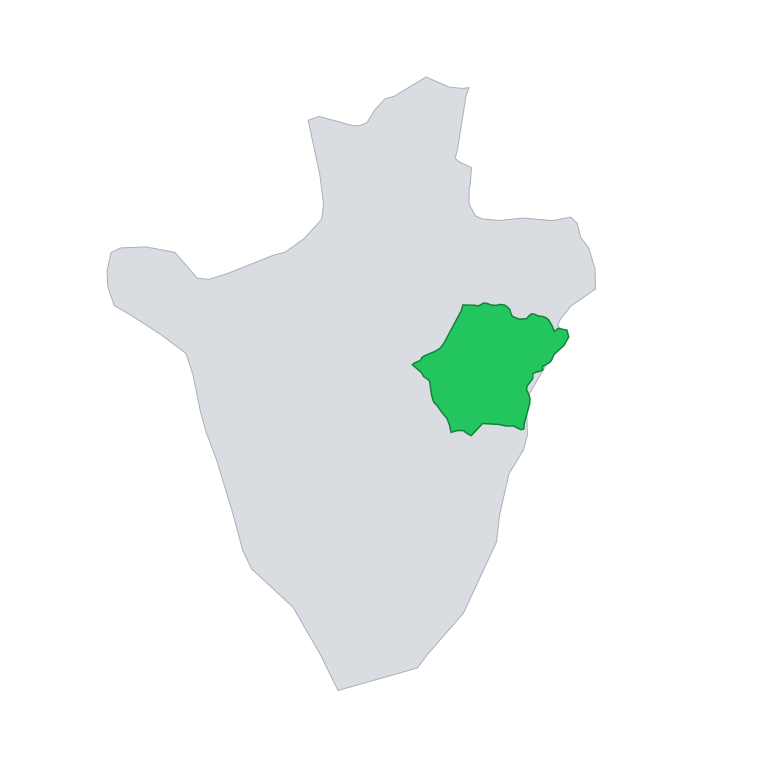 where Ruyigi sits in Burundi, rotated 343°
{"feature_id": "BDI-2635", "entity_name": "Ruyigi", "entity_type": "Province", "adm_level": 1, "iso_a3": "BDI", "parent_name": "Burundi", "parent_adm1": "", "projection": "mercator", "projection_center": [30.363, -3.445], "detail": "fine", "context": "in_parent", "style": "filled", "palette": "green", "viewbox_px": 768, "rotation_deg": 343, "n_neighbors": 0, "source": "natural_earth", "source_scale": "10m", "svg_char_len": 2189}
<svg xmlns="http://www.w3.org/2000/svg" viewBox="0 0 768 768"><g transform="rotate(343 384 384)"><path d="M552.0,125.5L546.7,132.4L522.7,181.5L518.1,188.9L520.7,193.4L530.9,202.7L524.9,218.2L522.5,222.3L518.0,236.7L520.5,250.0L526.3,254.9L541.9,261.3L565.3,265.9L592.8,277.0L611.4,279.0L615.7,286.9L614.9,301.1L619.5,313.5L619.5,335.6L614.0,355.0L585.6,364.1L571.0,374.1L567.0,379.1L570.6,385.0L572.5,392.8L545.7,412.2L518.3,437.5L511.7,454.6L506.2,474.8L498.2,487.7L477.3,506.3L455.9,543.7L445.4,568.0L393.0,626.3L346.4,655.4L332.9,665.3L250.4,663.6L244.1,624.3L231.6,570.6L203.3,522.1L200.3,501.9L201.6,462.8L201.7,407.8L199.8,378.3L200.4,356.8L204.0,319.3L203.6,297.0L184.9,271.2L161.7,243.8L149.1,230.3L148.5,219.5L148.5,209.5L152.2,194.9L161.3,178.6L171.5,176.8L196.5,183.3L222.6,197.1L236.4,228.2L247.0,232.7L266.3,232.6L315.5,228.5L327.7,229.1L350.1,221.6L372.3,208.5L378.7,194.9L383.9,164.5L388.6,109.6L399.9,109.0L430.9,128.5L437.6,129.8L444.2,129.1L454.9,119.5L468.1,111.6L477.9,111.8L513.9,102.7L533.3,119.2L545.5,124.3L552.0,125.5Z" fill="#d9dde1" stroke="#a8b0b8" stroke-width="1"/><path d="M566.8,381.7L574.7,386.0L574.4,393.0L567.5,399.7L555.2,405.5L551.8,409.5L549.7,411.3L547.9,412.0L540.9,413.6L540.5,414.2L540.1,416.5L539.8,417.1L534.8,417.5L534.6,417.0L534.1,417.0L529.8,417.6L529.1,418.4L528.1,421.5L527.5,422.6L520.2,427.8L518.7,431.0L519.4,436.2L519.3,441.0L517.3,445.9L506.5,462.9L504.7,467.7L504.6,467.9L501.7,467.8L495.5,462.0L488.6,459.9L482.3,456.4L466.7,450.6L452.3,458.9L449.2,455.9L446.2,451.7L440.3,449.9L434.0,449.9L434.6,442.4L434.1,435.1L431.4,429.1L428.3,419.6L426.3,416.2L426.2,409.2L428.4,394.4L426.4,391.3L424.0,388.3L423.3,384.4L416.8,373.9L419.4,372.8L425.4,372.1L426.7,371.1L427.9,369.9L430.5,368.9L442.5,367.7L447.9,366.3L453.0,362.7L479.2,336.6L482.6,331.5L492.6,334.8L494.9,335.7L497.1,336.9L503.1,335.7L506.3,337.2L509.8,339.9L514.1,341.5L518.4,341.9L522.2,343.6L524.6,346.4L526.2,349.6L526.0,353.3L526.5,356.8L532.3,361.5L539.6,363.2L542.3,361.3L545.6,360.0L548.2,361.1L550.2,363.0L552.6,364.6L555.4,365.7L558.2,367.9L560.2,370.8L561.8,377.6L562.1,383.5L566.8,381.7L566.8,381.7Z" fill="#22c55e" stroke="#15803d" stroke-width="1.5"/></g></svg>